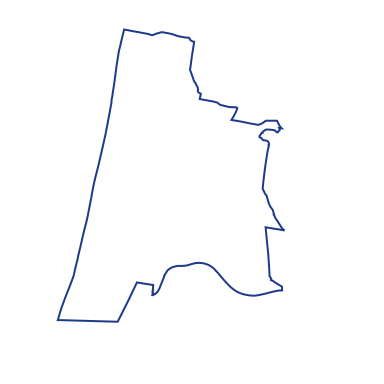 Amuwo Odofin, Lagos, Nigeria, rotated 101°
{"feature_id": "59680162B96890005302109", "entity_name": "Amuwo Odofin", "entity_type": "district", "adm_level": 2, "iso_a3": "NGA", "parent_name": "Nigeria", "parent_adm1": "Lagos", "projection": "natural_earth1", "projection_center": [3.271, 6.447], "detail": "fine", "context": "isolated", "style": "outline", "palette": "blue", "viewbox_px": 384, "rotation_deg": 101, "n_neighbors": 0, "source": "geoboundaries", "source_scale": "gbopen_adm2", "svg_char_len": 3911}
<svg xmlns="http://www.w3.org/2000/svg" viewBox="0 0 384 384"><g transform="rotate(101 192 192)"><path d="M300.8,210.9L299.5,209.1L297.8,207.6L296.3,206.7L295.9,206.5L292.7,205.5L289.3,204.9L285.7,204.2L283.7,203.8L281.8,203.4L280.8,203.3L280.5,203.2L280.2,203.3L280.2,203.2L278.2,202.9L276.6,202.2L273.5,201.0L271.1,198.8L269.4,196.6L268.5,194.8L267.2,191.8L267.1,190.9L266.6,188.5L265.9,185.4L265.2,183.3L264.1,181.1L262.7,178.4L261.9,176.7L261.3,175.4L261.0,174.5L260.1,171.1L259.9,168.4L259.8,166.8L260.0,165.0L260.2,163.6L260.2,163.4L260.2,162.9L260.7,161.1L261.2,159.7L262.2,157.5L263.1,155.7L264.4,154.1L265.2,152.9L265.8,152.0L273.5,142.4L275.2,139.9L277.0,137.5L278.6,134.8L280.2,131.6L281.5,128.2L282.4,123.7L282.6,121.2L282.6,116.8L282.5,115.6L282.3,113.7L282.0,111.5L282.0,111.4L280.9,107.9L279.2,103.8L277.6,100.2L275.7,96.2L274.0,92.6L273.3,90.8L273.1,90.4L272.2,88.2L271.4,84.7L270.2,85.1L268.9,85.4L267.8,85.6L266.9,88.0L265.9,90.7L264.7,93.8L263.7,95.9L263.6,96.3L263.5,97.7L263.3,97.8L262.2,97.7L261.9,97.7L261.3,98.3L260.0,99.7L259.6,99.9L255.6,100.8L248.6,102.6L238.0,105.4L234.1,106.6L230.2,107.8L216.0,112.0L212.6,113.0L212.5,109.7L212.4,105.6L212.1,98.7L212.1,93.8L211.0,95.9L209.7,97.4L206.4,100.5L201.6,105.2L199.9,106.4L199.1,106.8L198.8,107.3L198.6,107.1L197.7,107.5L196.6,108.1L194.2,109.3L193.4,110.2L192.8,110.8L192.1,111.7L191.6,112.1L190.8,112.8L188.0,114.7L184.7,116.4L183.3,117.1L181.8,117.7L180.5,119.1L179.7,120.0L178.2,121.1L177.5,121.6L176.8,122.1L176.6,122.4L174.6,123.4L172.8,123.5L170.5,123.7L167.5,124.0L163.0,124.3L160.3,124.5L159.4,124.6L152.6,125.0L143.7,125.4L137.7,125.6L132.7,125.4L131.8,125.8L131.7,125.4L129.7,125.6L128.2,126.8L127.5,127.8L127.4,130.7L127.6,131.8L126.9,133.2L126.0,134.0L125.6,134.6L125.4,136.1L125.2,136.3L124.2,136.4L122.4,135.5L120.7,135.0L120.5,134.6L120.4,134.0L119.9,134.2L119.1,133.9L118.3,133.0L116.7,131.5L116.7,131.4L116.2,129.5L115.9,127.1L115.6,123.2L115.7,122.7L117.3,119.8L117.0,119.1L116.1,119.0L115.2,118.2L114.3,117.7L113.4,118.1L112.6,118.7L112.4,116.1L111.1,117.9L109.5,119.3L107.1,121.2L105.9,122.1L105.8,122.3L106.4,125.1L107.2,129.2L107.7,132.3L107.9,132.9L108.8,134.0L110.2,135.1L111.7,136.8L113.5,139.8L113.5,143.0L113.6,148.0L113.5,156.6L113.7,164.1L113.7,166.9L113.7,167.0L109.6,165.5L105.9,164.4L102.8,163.7L101.0,163.5L100.5,164.4L100.5,164.6L100.4,165.0L100.5,165.1L100.7,166.5L100.8,166.6L101.3,170.2L101.6,172.0L101.4,173.4L101.3,176.5L101.1,179.6L101.2,180.0L100.9,181.4L100.3,182.6L99.5,184.1L99.4,184.2L99.1,189.4L99.2,192.8L99.2,195.5L99.3,199.4L99.2,202.2L96.1,202.1L93.8,202.1L93.3,204.1L93.0,204.7L92.1,205.4L91.6,205.6L90.4,205.7L88.7,206.1L87.5,206.9L86.8,207.7L85.6,208.5L84.4,209.4L83.0,211.0L81.9,211.7L79.5,213.0L76.5,214.8L72.8,217.0L72.1,217.3L68.8,217.4L64.2,217.7L56.4,218.1L47.0,218.4L44.1,218.6L44.1,220.0L43.7,221.3L43.2,222.5L42.0,223.6L41.2,224.2L41.6,228.0L41.7,232.1L41.6,235.7L41.2,238.9L40.8,241.6L40.7,246.2L40.8,249.5L40.8,251.4L41.0,252.6L42.3,254.9L43.0,256.5L43.9,258.2L44.6,259.1L45.4,260.4L45.7,261.8L45.6,263.3L45.4,264.0L45.2,264.5L45.3,269.4L45.3,275.6L45.4,278.3L45.4,285.7L45.5,289.7L49.1,289.8L53.1,290.0L57.2,290.2L61.2,290.3L66.6,290.6L70.0,290.6L74.4,290.4L78.4,290.3L82.9,290.1L87.8,289.8L92.9,289.5L99.3,289.1L104.1,288.9L109.9,288.7L113.5,288.5L117.2,288.5L119.9,288.1L130.4,288.0L152.0,287.9L172.4,288.5L185.5,289.0L193.1,289.5L197.5,289.7L202.8,289.9L207.5,289.9L212.5,289.9L216.2,289.8L223.5,289.8L228.4,289.8L231.9,289.8L235.1,289.8L238.8,289.9L242.4,290.0L248.0,290.4L257.0,290.8L266.6,291.1L276.4,291.5L279.6,291.5L290.9,292.1L294.8,292.1L296.9,292.2L301.2,292.9L308.7,294.2L318.9,296.1L331.1,298.1L343.3,299.3L333.6,240.5L333.2,240.1L311.1,233.9L291.3,228.8L291.0,219.4L290.7,212.4L291.2,212.2L296.0,211.8L296.2,211.4L296.7,211.8L298.1,211.7L298.6,210.8L299.7,211.1L300.3,211.3L300.7,211.4L300.8,210.9Z" fill="none" stroke="#1e3a8a" stroke-width="2"/></g></svg>